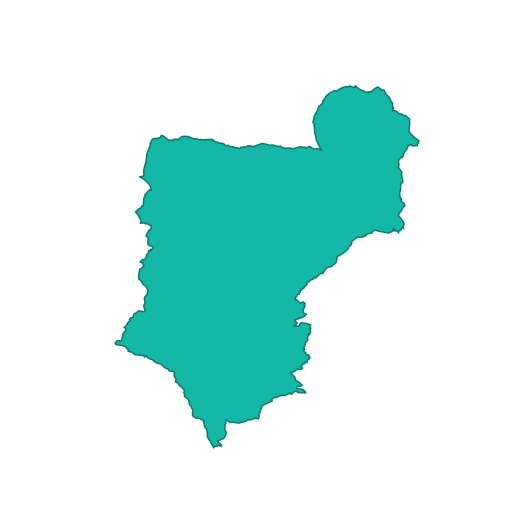 the district of Bondowoso, Jawa Timur, Indonesia, rotated 286°
{"feature_id": "22746128B61555758059649", "entity_name": "Bondowoso", "entity_type": "district", "adm_level": 2, "iso_a3": "IDN", "parent_name": "Indonesia", "parent_adm1": "Jawa Timur", "projection": "robinson", "projection_center": [113.922, -7.945], "detail": "fine", "context": "isolated", "style": "filled", "palette": "teal", "viewbox_px": 512, "rotation_deg": 286, "n_neighbors": 0, "source": "geoboundaries", "source_scale": "gbopen_adm2", "svg_char_len": 6125}
<svg xmlns="http://www.w3.org/2000/svg" viewBox="0 0 512 512"><g transform="rotate(286 256 256)"><path d="M436.6,285.4L434.8,284.3L433.3,282.1L428.7,279.1L425.4,278.6L423.6,277.4L420.8,277.7L416.9,275.0L412.6,274.9L405.8,273.3L404.8,273.8L400.2,273.9L398.3,275.7L390.1,278.7L388.2,280.2L384.5,281.7L378.8,286.6L376.0,290.0L376.2,285.6L375.0,283.2L375.2,279.4L376.2,277.8L375.5,276.4L373.8,274.9L374.2,273.3L373.6,272.0L373.4,268.9L369.4,262.2L369.3,259.9L368.7,259.1L369.1,258.7L368.9,257.8L367.2,253.7L367.8,253.3L367.1,251.5L368.5,249.4L367.3,247.0L367.3,241.1L366.1,238.8L366.4,236.5L366.0,232.2L365.3,231.0L365.7,230.6L360.4,223.2L360.1,218.4L358.0,215.9L356.3,211.5L354.9,210.7L354.7,207.0L354.1,206.3L354.9,204.2L353.9,200.3L354.7,198.6L353.7,196.9L354.9,194.1L354.9,191.7L354.3,189.4L354.8,187.0L354.5,184.8L355.5,184.2L355.1,182.3L355.8,182.3L356.0,181.5L352.6,171.3L352.8,170.6L351.9,169.9L352.3,166.2L351.6,165.5L351.8,164.2L351.2,163.4L351.8,162.0L352.1,156.9L351.6,156.5L351.5,154.6L350.5,152.1L347.8,149.8L346.6,149.5L345.8,145.1L344.8,144.6L343.0,140.7L345.8,133.9L345.8,131.8L342.8,131.0L342.8,129.9L341.9,129.2L340.7,125.0L338.3,123.8L335.0,123.3L334.8,123.8L323.8,123.0L316.4,124.3L309.1,124.3L305.3,124.9L303.6,126.0L302.0,125.5L300.6,124.0L300.1,121.9L299.1,126.6L296.0,132.8L294.2,134.9L290.7,137.2L290.8,136.0L290.1,135.3L283.9,132.3L283.7,132.9L282.6,133.1L280.6,132.2L273.0,133.8L272.4,132.3L270.9,132.3L268.4,129.8L268.1,130.1L265.3,127.9L262.4,132.2L260.5,133.3L259.1,135.2L257.1,136.0L255.8,135.9L257.1,140.3L256.4,141.0L257.1,143.3L256.0,145.6L256.5,146.7L254.2,147.9L253.4,147.1L252.1,147.4L251.4,145.9L244.9,144.7L244.0,147.3L238.1,148.6L236.9,149.5L236.4,151.8L237.2,152.7L235.7,154.9L233.0,153.9L233.2,152.7L232.0,152.6L231.4,151.4L228.7,151.5L227.0,150.3L225.0,151.1L223.4,150.3L222.7,150.6L221.6,149.7L221.6,148.4L219.2,146.3L218.2,146.6L218.2,149.2L217.4,149.2L216.1,150.9L213.8,150.2L211.2,147.9L204.2,148.6L201.5,149.8L200.5,152.4L197.8,155.0L196.5,158.3L193.9,161.4L189.2,162.0L186.2,160.5L184.2,160.4L180.9,162.1L176.5,162.0L173.4,164.4L171.6,164.1L170.8,158.2L168.2,156.4L166.7,154.6L163.1,154.7L161.9,152.5L160.2,151.9L159.1,152.8L157.7,151.6L152.8,150.2L150.9,149.0L150.6,150.8L149.6,151.5L144.6,149.6L137.8,150.0L136.6,149.1L137.1,147.7L135.7,145.3L133.0,144.7L132.3,146.2L133.1,152.4L132.8,155.8L131.6,157.0L131.1,158.6L129.3,159.3L129.3,163.7L127.8,166.8L129.3,175.0L128.3,176.6L129.5,176.9L129.9,178.1L128.8,179.0L128.0,181.6L127.7,185.5L126.7,186.9L125.7,190.5L126.0,194.0L123.3,199.6L123.1,202.3L121.8,203.8L121.7,206.3L122.4,207.7L122.0,209.4L118.0,210.4L115.5,213.3L113.2,213.0L112.4,214.2L112.7,215.6L110.2,218.4L109.6,220.6L108.5,221.8L108.0,223.5L105.5,224.5L104.6,224.1L104.0,225.1L101.2,226.1L100.3,228.8L98.7,231.1L95.3,232.7L94.1,234.0L93.9,235.1L91.8,236.1L91.4,237.2L90.0,238.2L87.4,238.2L84.9,239.1L83.6,242.6L84.2,246.3L83.4,251.1L81.9,251.3L80.3,252.6L77.8,253.5L75.8,256.2L73.2,257.7L68.8,259.1L66.3,261.5L65.5,263.3L64.0,263.9L62.4,266.2L60.1,268.0L61.9,269.3L62.2,271.2L63.9,271.7L63.4,273.7L64.0,275.3L64.8,274.8L66.6,271.3L67.9,270.4L71.7,275.2L75.9,276.4L78.5,275.9L81.1,273.5L84.0,273.3L85.0,272.5L86.3,273.1L90.2,272.4L88.9,277.3L89.9,279.8L90.6,285.5L94.9,292.4L96.4,293.3L97.1,296.0L99.7,299.8L100.2,303.1L102.4,303.3L105.4,302.3L106.7,303.0L113.9,303.2L121.0,311.5L121.8,310.6L124.6,311.7L125.1,313.4L126.0,314.2L125.7,315.0L127.4,316.3L129.0,318.8L130.4,323.1L132.6,324.9L132.8,326.7L133.3,326.9L133.0,328.2L136.0,330.1L137.1,331.4L136.5,333.8L136.7,335.9L137.3,338.4L137.9,338.6L137.8,341.0L138.8,341.4L140.7,338.2L139.8,331.9L140.4,331.4L141.9,331.8L143.2,334.8L144.5,336.0L146.3,332.8L147.6,328.3L150.6,326.4L152.3,322.5L153.7,322.4L156.7,325.7L157.8,326.2L159.1,328.1L159.4,330.7L160.9,331.5L162.0,330.0L163.9,330.5L164.9,330.1L165.2,331.5L167.0,332.9L167.5,332.6L167.9,334.4L170.7,334.4L172.2,335.9L173.2,335.1L173.6,335.5L174.4,335.1L174.6,334.0L175.4,333.5L175.0,333.0L175.5,330.7L176.9,330.4L176.9,329.4L178.7,327.7L179.4,328.3L179.4,327.7L180.1,328.1L181.3,327.3L184.3,327.8L185.9,327.2L189.5,329.0L191.1,328.0L192.0,328.3L193.1,327.6L194.2,328.4L195.4,327.9L195.3,328.9L196.8,329.6L200.7,328.3L201.8,328.6L203.3,326.9L204.8,327.5L205.1,322.8L204.3,319.8L204.6,318.7L203.7,317.1L200.5,316.6L199.2,312.0L202.9,314.2L204.9,310.7L205.3,310.7L208.8,316.2L212.4,319.9L213.7,320.4L214.6,317.2L216.2,316.2L221.2,316.8L221.7,316.8L222.0,315.9L224.0,316.3L224.9,313.7L223.2,312.8L223.7,309.1L225.1,307.4L224.9,305.5L226.3,305.7L227.2,305.2L228.4,306.3L230.3,306.3L231.0,307.9L232.3,307.7L233.4,308.5L235.2,307.9L235.8,308.4L235.8,309.3L237.8,309.6L237.8,310.2L238.7,311.0L239.8,310.8L241.7,312.5L245.1,312.7L245.6,313.7L248.1,315.3L249.2,317.1L251.4,317.9L251.5,319.5L252.0,319.2L252.6,320.3L257.0,322.7L257.7,325.1L263.4,326.8L265.1,328.3L266.9,331.8L267.9,331.9L270.2,334.1L272.6,334.8L277.8,334.2L282.6,339.1L288.0,342.5L291.1,342.8L291.9,343.8L293.6,344.5L296.6,344.2L301.8,347.9L303.0,351.8L304.9,355.2L308.1,357.0L309.9,360.9L313.8,362.6L313.7,367.5L314.6,376.8L317.4,380.4L320.3,380.6L319.7,381.9L318.5,381.5L318.3,382.5L319.1,383.7L317.8,386.6L319.5,386.4L320.7,387.9L323.2,388.6L323.2,390.1L323.9,389.5L328.2,389.3L331.0,386.4L333.9,382.0L336.5,381.7L338.9,383.1L343.4,383.9L344.7,385.2L345.3,385.1L347.1,384.2L348.6,380.9L351.2,379.7L351.3,378.9L353.5,377.6L357.1,376.5L359.1,376.8L364.6,375.3L367.2,376.7L369.1,376.3L373.4,373.8L376.8,373.0L380.9,368.1L382.9,368.4L385.5,367.1L387.8,366.8L391.0,368.5L391.0,369.3L391.9,369.8L397.2,370.0L398.4,371.0L402.8,371.9L404.3,371.3L404.5,372.8L406.0,374.5L405.1,375.5L405.1,376.6L406.6,380.5L411.6,380.9L413.8,375.0L416.4,370.7L418.7,368.4L425.9,367.2L429.9,365.9L432.3,360.9L431.7,359.2L432.6,356.5L432.3,354.1L433.8,351.3L433.7,347.4L435.1,346.6L435.9,347.5L437.4,346.2L440.9,345.0L441.6,343.2L443.6,342.0L445.6,339.7L447.4,336.3L450.6,333.8L450.5,330.1L451.9,327.4L451.7,326.3L450.6,324.8L445.7,321.3L443.8,317.1L444.9,309.0L446.9,304.5L445.7,304.8L445.0,303.7L445.3,299.3L444.2,298.2L443.5,295.6L441.5,292.4L436.6,287.6L436.6,285.4Z" fill="#14b8a6" stroke="#0f766e" stroke-width="1.5"/></g></svg>